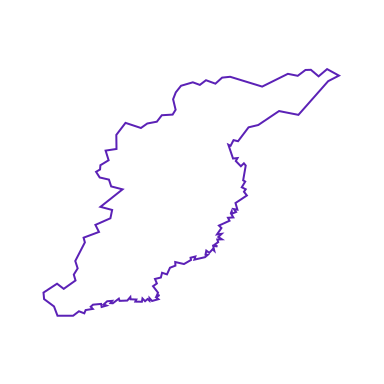 Rioja, San Martín, Peru, rotated 84°
{"feature_id": "86281439B49407103225288", "entity_name": "Rioja", "entity_type": "district", "adm_level": 2, "iso_a3": "PER", "parent_name": "Peru", "parent_adm1": "San Martín", "projection": "robinson", "projection_center": [-77.409, -5.821], "detail": "medium", "context": "isolated", "style": "outline", "palette": "violet", "viewbox_px": 384, "rotation_deg": 84, "n_neighbors": 0, "source": "geoboundaries", "source_scale": "gbopen_adm2", "svg_char_len": 1937}
<svg xmlns="http://www.w3.org/2000/svg" viewBox="0 0 384 384"><g transform="rotate(84 192 192)"><path d="M116.3,250.9L127.3,261.3L141.3,262.6L141.8,273.6L151.7,271.6L155.8,280.3L160.0,281.1L161.9,285.3L167.9,282.3L171.0,273.3L178.0,271.8L182.1,260.8L197.2,284.6L201.5,273.3L209.6,275.9L214.6,291.5L222.0,288.7L226.1,304.6L230.9,303.8L248.4,315.3L256.0,313.7L261.8,318.2L267.8,317.1L274.9,329.7L269.1,335.8L276.5,350.2L283.0,350.3L291.4,341.2L301.0,338.7L302.6,323.1L298.8,316.9L301.4,311.8L298.3,310.1L297.9,302.9L295.5,304.7L293.7,302.2L293.8,294.1L296.9,293.9L296.0,288.9L294.6,291.6L291.8,287.8L291.9,282.8L294.0,284.7L294.4,282.4L290.4,275.9L292.7,275.4L293.2,267.7L290.0,264.3L292.3,264.3L293.1,258.6L295.1,259.8L295.9,253.3L292.7,252.4L295.7,250.1L293.8,247.4L295.7,245.7L293.0,245.4L296.2,243.1L295.1,236.6L293.0,238.7L291.1,235.1L291.4,237.9L288.6,236.3L281.6,240.6L279.3,236.5L274.6,237.9L273.8,231.9L269.2,230.2L271.3,225.5L265.0,221.8L263.5,216.2L259.9,216.0L262.8,207.5L259.5,200.1L257.2,200.3L256.5,195.4L259.5,196.7L258.2,185.9L256.2,183.0L255.7,185.1L251.8,183.9L254.3,181.2L251.1,177.5L252.8,176.0L247.8,176.6L248.8,172.4L246.9,175.3L244.6,171.2L241.9,171.8L242.2,167.2L239.5,170.5L236.7,166.9L236.8,171.6L230.9,166.5L228.2,168.7L224.5,157.7L221.4,158.9L221.6,153.6L217.2,155.6L215.2,154.5L217.7,154.4L216.5,150.3L213.4,152.1L214.3,148.7L207.5,149.9L201.2,137.8L197.2,140.3L194.9,138.3L192.5,142.0L187.2,138.0L185.7,139.9L171.3,135.8L168.9,137.4L171.5,140.7L165.8,145.2L163.0,143.2L163.0,147.7L148.8,150.9L150.1,148.8L144.8,145.3L146.3,140.9L133.6,129.0L132.3,119.1L120.6,97.0L126.4,78.1L96.0,45.0L91.6,33.7L83.9,44.8L90.2,54.0L82.9,61.0L82.5,66.4L87.5,74.7L84.5,84.3L94.5,111.2L81.4,142.0L81.4,150.1L86.7,157.4L82.3,166.4L86.3,173.0L83.0,179.7L85.2,191.8L91.2,197.7L97.8,201.1L108.5,199.7L113.0,203.2L112.5,214.0L118.4,219.6L119.2,229.3L123.0,236.1L116.3,250.9Z" fill="none" stroke="#5b21b6" stroke-width="2"/></g></svg>